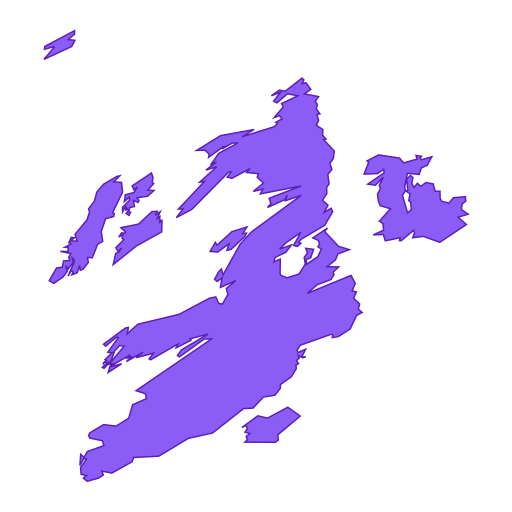 Dønna nor, Nordland, Norway
{"feature_id": "86288312B44883610080028", "entity_name": "Dønna nor", "entity_type": "district", "adm_level": 2, "iso_a3": "NOR", "parent_name": "Norway", "parent_adm1": "Nordland", "projection": "albers", "projection_center": [12.485, 66.133], "detail": "fine", "context": "isolated", "style": "filled", "palette": "violet", "viewbox_px": 512, "rotation_deg": 0, "n_neighbors": 0, "source": "geoboundaries", "source_scale": "gbopen_adm2", "svg_char_len": 6043}
<svg xmlns="http://www.w3.org/2000/svg" viewBox="0 0 512 512"><path d="M302.0,78.1L285.2,91.2L279.3,90.1L271.3,95.8L280.6,92.2L273.6,101.1L276.9,102.9L287.5,93.8L297.8,95.8L281.6,103.5L283.2,107.0L274.2,117.6L279.5,115.6L281.9,119.0L275.8,122.3L277.4,123.2L274.6,126.6L242.1,136.7L254.1,129.5L220.6,135.6L196.6,150.4L205.0,150.2L209.2,154.2L208.6,157.3L223.1,146.8L224.9,146.6L221.9,149.1L232.1,143.1L237.8,143.0L218.7,153.4L211.3,164.0L216.5,161.9L205.9,170.1L216.9,166.7L199.6,182.2L204.4,181.5L178.4,209.1L183.1,208.9L176.3,217.6L191.7,209.5L229.0,171.8L231.2,172.0L227.2,177.2L232.0,178.3L250.3,168.4L246.6,172.5L258.4,173.7L257.2,177.3L263.5,183.1L253.3,191.4L262.9,189.1L260.3,193.9L301.0,186.0L269.1,198.3L270.9,203.6L267.5,207.5L285.0,199.6L287.1,195.1L285.5,200.7L301.3,195.3L251.6,231.8L240.2,244.1L223.0,274.9L221.4,268.9L218.9,271.5L214.5,279.3L217.2,281.5L222.0,277.8L220.4,287.4L235.8,280.6L226.3,288.5L227.9,294.4L222.4,304.1L218.7,303.4L215.8,296.9L209.4,298.2L179.2,314.3L137.9,324.2L127.2,333.8L128.4,327.4L125.4,328.0L103.5,344.2L105.7,346.2L116.4,337.2L118.3,337.6L107.8,352.3L112.1,352.7L105.0,359.6L106.5,360.2L103.5,362.9L103.0,364.5L104.4,362.5L107.8,362.3L102.3,367.5L104.1,368.3L111.0,360.9L114.7,350.9L119.6,345.6L124.2,346.2L108.9,364.3L112.2,363.7L109.9,366.4L108.3,372.4L121.6,363.8L110.7,366.7L111.7,365.6L130.2,354.8L127.5,358.0L132.3,356.3L126.4,361.6L142.9,352.1L136.1,357.7L153.4,353.2L149.1,358.9L150.6,359.8L178.2,343.9L176.1,347.8L191.1,340.2L190.0,338.8L208.1,334.1L181.5,349.8L177.4,355.6L179.4,356.9L204.3,339.0L211.5,339.0L136.0,390.7L145.5,393.7L146.4,398.7L132.6,404.7L128.7,418.2L116.1,426.1L103.6,424.6L89.7,432.9L88.6,435.6L89.8,438.1L102.3,440.7L103.9,445.6L87.3,451.5L84.0,457.4L80.7,454.3L79.9,465.3L83.8,458.6L86.5,459.0L80.6,467.3L81.1,474.3L86.5,475.6L83.3,478.2L87.3,481.3L98.8,478.0L103.3,475.0L101.9,471.1L111.8,473.1L132.2,461.7L133.6,457.5L158.7,456.2L188.5,438.3L212.6,433.0L243.5,408.6L253.0,408.1L263.4,397.0L275.0,395.2L280.3,388.3L280.4,384.6L291.4,376.7L296.2,368.8L296.1,364.9L298.6,363.7L296.5,360.6L299.2,358.1L298.1,355.5L302.9,357.8L305.8,356.7L301.7,357.0L305.6,349.2L297.8,352.6L297.2,349.9L300.3,345.2L330.8,334.4L332.9,334.8L332.2,337.6L338.5,336.5L350.2,328.9L356.6,315.4L362.1,312.5L358.4,309.1L359.6,303.9L353.6,298.3L356.4,291.9L352.1,290.8L355.3,283.4L351.0,275.4L307.3,293.4L317.1,284.8L331.0,279.5L334.0,274.7L333.1,272.2L338.7,266.9L327.0,266.7L335.5,259.9L337.9,253.9L349.3,249.6L338.6,246.4L324.6,231.4L327.5,228.1L312.7,237.9L318.2,240.3L319.5,244.3L317.9,246.8L321.4,249.0L317.8,256.7L306.5,264.3L306.2,259.5L310.6,257.9L313.6,249.3L305.7,248.3L307.5,252.8L304.2,257.5L305.3,264.1L299.1,274.0L287.0,277.8L281.4,275.5L280.1,274.3L280.3,259.1L273.9,261.9L275.0,257.4L285.9,252.2L291.4,245.0L279.6,249.0L285.9,242.9L300.8,232.4L293.6,245.4L297.0,246.5L300.9,243.4L298.6,242.1L301.1,239.3L324.7,225.3L332.7,211.7L331.1,208.3L324.2,212.3L328.0,205.1L322.4,200.3L326.8,193.7L326.7,187.3L329.1,183.8L327.8,174.6L331.9,169.4L329.9,163.3L333.3,158.6L334.3,151.1L323.7,139.6L326.0,139.0L322.6,135.3L322.8,129.5L316.3,125.3L318.6,120.4L316.9,114.4L319.9,113.9L316.3,108.9L317.4,104.6L315.2,101.4L318.6,96.6L304.4,93.9L310.8,89.4L305.9,82.7L302.1,83.6L303.9,79.9L302.0,78.1ZM378.6,154.9L367.0,160.9L368.7,162.2L364.1,174.1L377.6,173.6L383.6,169.3L384.2,172.8L367.8,184.1L375.4,185.2L383.4,177.2L379.2,185.4L380.5,188.6L377.5,194.2L378.3,200.9L380.2,205.7L390.5,208.7L379.4,221.2L382.9,223.5L383.6,230.2L373.2,234.9L383.3,234.5L385.3,240.8L400.3,237.7L399.4,240.6L401.1,240.8L413.6,230.3L414.6,232.8L412.7,237.7L423.5,236.4L439.8,242.3L466.4,224.5L458.1,217.2L468.1,214.2L461.4,209.5L462.1,204.0L465.8,201.1L465.3,196.7L453.4,197.7L449.1,203.0L442.1,201.6L440.1,198.5L440.0,191.2L435.1,191.2L433.2,183.9L426.0,182.5L420.8,186.3L417.4,183.3L414.1,187.3L411.8,183.7L412.9,177.5L410.5,175.4L406.6,179.2L407.8,190.4L405.9,190.9L410.1,194.0L408.7,200.6L410.6,202.0L411.4,209.6L407.6,212.9L402.4,195.3L405.4,191.1L404.7,186.9L407.4,173.3L419.2,174.4L421.3,167.9L427.2,165.3L431.8,156.8L421.2,159.8L420.1,158.2L421.5,156.3L416.0,155.4L417.1,159.1L403.6,162.9L399.5,158.1L378.6,154.9ZM113.7,181.8L119.8,175.8L116.9,176.4L103.7,184.1L96.8,192.1L94.3,201.4L88.6,208.8L89.5,212.1L86.9,220.0L75.0,234.4L77.2,241.1L70.4,240.8L74.4,237.8L71.2,237.4L68.6,243.3L69.5,242.3L70.9,244.0L64.9,247.3L68.1,247.4L68.0,251.5L60.3,251.4L70.8,253.5L68.7,257.3L69.8,260.6L63.5,260.9L62.3,267.2L56.6,267.9L49.2,280.7L53.8,283.4L63.2,276.8L67.3,271.3L65.6,265.6L68.2,269.1L73.2,262.4L72.1,257.9L74.4,259.6L73.7,263.4L68.0,276.1L71.6,270.2L73.1,272.5L71.8,274.8L77.2,272.8L79.6,265.5L80.3,270.3L83.1,269.2L88.4,262.3L87.4,257.5L92.3,257.8L97.7,244.1L102.7,241.5L101.3,231.4L105.6,218.7L113.7,216.5L114.3,213.6L112.6,212.7L122.6,192.0L121.5,182.4L113.7,181.8ZM300.2,416.1L287.8,407.2L267.5,418.1L257.8,415.8L241.9,427.5L246.2,425.5L247.3,428.8L245.0,432.2L249.9,433.5L246.2,436.5L247.3,439.9L244.9,442.1L275.2,442.3L278.3,440.1L277.8,434.8L300.2,416.1ZM157.3,211.3L152.0,211.6L138.5,224.1L120.9,227.7L125.2,231.6L125.0,233.3L121.6,232.8L118.8,237.0L122.9,234.6L122.0,238.3L123.8,239.7L115.9,247.7L118.0,251.5L121.5,248.1L119.0,251.9L115.7,253.5L113.2,264.6L136.5,245.9L161.7,231.9L162.0,221.3L158.7,222.8L161.5,220.3L159.5,219.9L159.9,216.5L157.5,218.1L160.2,211.7L155.3,215.3L157.3,211.3ZM151.4,173.0L132.2,185.9L133.8,189.7L137.5,187.1L133.9,192.5L125.3,194.8L124.4,201.6L129.3,197.1L129.4,200.4L122.5,207.4L122.6,211.8L125.8,205.9L125.7,210.7L126.8,208.3L128.4,210.6L126.1,213.6L129.0,215.4L130.6,212.4L128.9,212.0L129.7,207.6L134.5,206.5L133.5,200.3L138.1,202.5L139.0,200.5L137.0,197.7L147.5,196.3L154.0,190.5L147.7,190.1L153.7,183.6L152.3,182.7L153.0,177.3L151.4,173.0ZM74.5,30.7L44.8,46.4L44.4,49.3L53.5,46.7L54.0,47.4L43.9,59.4L71.7,46.5L74.9,40.3L68.1,39.6L74.6,34.1L74.5,30.7ZM246.9,227.0L231.9,231.7L217.0,245.2L215.4,242.3L210.1,251.4L217.6,252.1L229.0,243.8L226.9,250.3L231.2,249.3L244.9,236.4L246.5,233.1L242.7,233.6L246.9,227.0Z" fill="#8b5cf6" stroke="#5b21b6" stroke-width="1.5"/></svg>